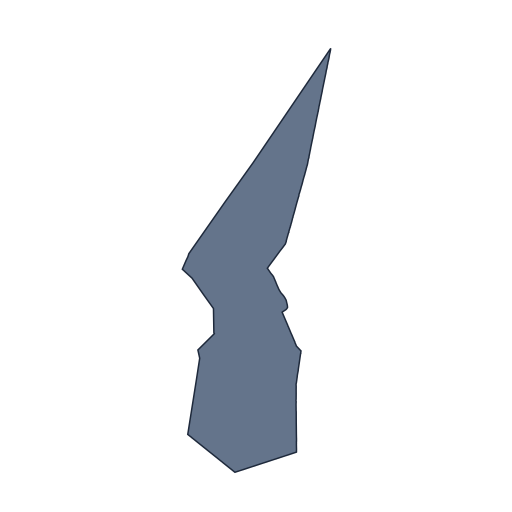 Tibesti Ouest, Tibesti, Chad, rotated 189°
{"feature_id": "50815135B44379234996248", "entity_name": "Tibesti Ouest", "entity_type": "district", "adm_level": 2, "iso_a3": "TCD", "parent_name": "Chad", "parent_adm1": "Tibesti", "projection": "robinson", "projection_center": [15.609, 20.194], "detail": "fine", "context": "isolated", "style": "filled", "palette": "slate", "viewbox_px": 512, "rotation_deg": 189, "n_neighbors": 0, "source": "geoboundaries", "source_scale": "gbopen_adm2", "svg_char_len": 3550}
<svg xmlns="http://www.w3.org/2000/svg" viewBox="0 0 512 512"><g transform="rotate(189 256 256)"><path d="M295.5,69.1L243.0,39.1L185.4,68.6L185.4,69.0L185.7,70.8L185.7,71.1L186.1,73.3L186.7,76.6L186.8,77.6L187.1,78.8L187.0,79.1L187.4,81.7L188.0,84.9L188.3,86.6L189.4,93.2L190.1,97.2L190.8,101.5L191.9,108.3L192.2,109.6L192.4,110.5L192.4,110.9L192.5,111.4L193.3,116.1L193.5,118.0L193.6,118.4L193.6,118.7L193.9,119.4L194.0,121.0L194.8,126.3L195.6,131.2L195.6,131.4L196.0,133.9L196.2,134.7L196.4,136.0L196.3,136.7L196.3,137.9L196.4,143.1L196.5,144.5L196.5,145.7L196.4,148.9L196.4,150.0L196.5,150.7L196.5,151.4L196.5,151.5L196.6,159.9L196.7,166.6L196.5,166.9L196.7,167.8L196.7,168.3L196.7,169.2L196.7,169.3L196.8,169.4L197.0,169.5L200.9,172.5L201.9,173.3L202.0,173.3L202.2,173.7L202.4,174.1L202.7,174.6L203.9,176.4L204.3,177.4L205.0,178.4L205.7,179.5L205.8,179.7L206.5,180.8L208.5,184.0L209.2,185.0L209.7,185.8L210.9,187.8L211.6,188.9L212.1,189.7L212.6,190.5L212.7,190.8L213.3,191.5L214.1,193.0L215.2,194.7L219.6,201.7L221.4,204.6L221.1,205.0L219.8,206.1L219.7,206.2L218.6,207.2L218.0,207.8L217.7,208.2L217.2,209.1L217.1,209.4L216.8,210.1L217.0,211.0L217.2,211.8L217.3,212.0L217.4,212.4L218.1,214.1L218.7,215.5L218.8,215.9L219.4,217.2L220.8,219.0L221.0,219.3L222.3,220.7L223.6,221.9L225.6,223.5L227.3,225.5L228.4,226.9L229.0,227.9L229.4,228.5L229.5,228.7L229.9,229.2L229.9,229.3L230.0,229.4L231.0,231.0L232.4,233.3L232.5,233.6L233.4,234.9L233.6,235.3L235.0,237.5L235.3,238.1L236.6,239.5L238.5,241.1L238.7,241.3L242.1,244.9L242.3,245.1L242.9,245.7L242.6,246.2L242.1,247.3L238.3,254.6L238.0,255.1L237.0,257.1L233.7,263.5L233.5,263.9L233.2,264.5L230.7,269.0L229.3,271.7L229.0,272.2L228.9,272.5L228.6,274.1L228.4,274.9L228.4,275.0L228.5,275.5L228.1,279.4L228.0,280.0L227.9,280.8L227.6,283.4L227.5,283.9L227.4,284.2L227.3,284.5L227.2,284.8L227.4,285.1L227.3,286.1L227.0,288.2L226.9,289.5L226.7,289.9L226.6,290.1L226.7,290.6L226.7,291.2L226.5,291.8L226.4,292.2L226.5,292.4L226.5,292.7L226.2,294.5L226.0,296.5L225.8,299.2L225.8,299.3L225.6,299.8L225.6,300.8L225.6,301.2L225.2,303.8L225.1,304.8L224.6,309.2L224.6,310.1L224.5,310.3L224.4,311.0L224.4,311.5L224.4,311.8L224.2,313.2L224.1,314.3L223.3,320.8L223.1,321.6L223.1,323.1L223.2,323.7L222.9,325.0L222.3,329.5L222.3,329.9L222.2,330.7L222.2,331.1L221.9,333.1L221.8,333.7L221.4,337.8L221.4,338.1L221.4,338.3L220.8,343.1L220.6,343.9L220.7,344.6L220.6,344.8L220.4,346.6L220.1,349.3L220.0,350.9L219.9,351.3L219.8,352.4L219.7,353.1L219.6,353.7L219.5,355.0L219.4,359.9L219.4,360.0L219.1,361.4L219.2,361.7L219.2,362.8L219.2,363.4L219.1,365.4L219.0,368.4L218.9,370.0L218.9,371.8L218.5,380.3L218.4,381.3L218.4,383.1L218.2,388.3L218.2,388.6L217.9,392.9L217.8,396.9L217.8,397.1L217.6,402.2L217.4,405.6L217.3,407.6L217.3,408.0L217.2,408.4L217.2,410.4L217.2,410.5L217.1,412.3L217.2,412.9L217.2,413.2L217.1,414.0L217.0,416.0L216.9,418.4L216.7,421.4L216.7,421.9L216.8,422.2L216.7,422.4L216.7,423.4L216.4,428.7L216.4,429.0L216.4,429.4L216.4,430.8L216.0,439.2L215.8,443.7L215.6,447.7L215.6,448.6L215.6,448.8L215.6,450.0L215.4,452.1L215.3,453.4L215.4,453.9L215.3,456.1L215.2,457.0L215.2,457.9L215.3,458.1L215.2,458.7L215.1,460.0L214.9,462.7L214.9,463.6L214.9,464.4L214.9,466.6L214.8,467.7L214.7,468.9L214.7,469.5L214.7,470.4L214.6,471.0L214.7,471.7L214.6,472.8L215.4,471.2L273.4,347.8L295.2,304.2L322.7,247.8L323.1,245.0L323.2,244.5L324.4,240.5L326.7,231.4L315.7,224.1L302.3,210.2L289.8,197.5L285.6,173.6L285.0,172.8L298.7,154.1L295.6,146.2L295.5,123.5L295.5,69.1Z" fill="#64748b" stroke="#1e293b" stroke-width="1.5"/></g></svg>